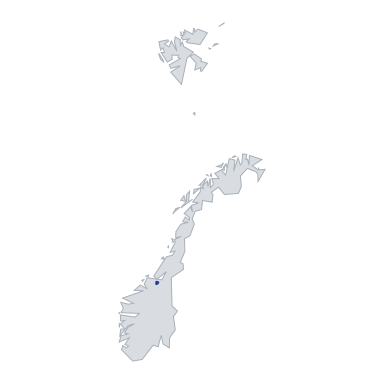 Skaun nor, Sør-Trøndelag, Norway (highlighted)
{"feature_id": "86288312B11498019904431", "entity_name": "Skaun nor", "entity_type": "district", "adm_level": 2, "iso_a3": "NOR", "parent_name": "Norway", "parent_adm1": "Sør-Trøndelag", "projection": "albers", "projection_center": [10.037, 63.259], "detail": "fine", "context": "in_parent", "style": "filled", "palette": "blue", "viewbox_px": 384, "rotation_deg": 0, "n_neighbors": 0, "source": "geoboundaries", "source_scale": "gbopen_adm2", "svg_char_len": 4282}
<svg xmlns="http://www.w3.org/2000/svg" viewBox="0 0 384 384"><path d="M218.5,187.2L211.3,192.2L213.0,194.6L212.1,202.2L202.5,200.5L201.5,209.5L195.2,211.3L192.2,218.7L194.3,224.1L189.9,235.8L184.4,238.8L184.9,251.3L180.3,262.4L183.1,264.0L183.4,269.5L171.3,277.6L172.0,305.8L177.5,311.1L173.4,316.6L175.3,329.9L169.5,337.9L169.4,347.9L163.1,344.1L161.2,335.4L158.1,346.8L153.2,345.2L142.1,359.5L132.7,361.0L121.6,349.8L122.7,345.5L126.3,347.9L128.5,346.1L124.9,344.4L129.3,337.7L119.2,342.1L121.0,335.9L128.1,333.8L124.4,332.9L127.9,327.5L134.4,323.7L128.1,325.8L119.8,335.9L120.7,329.2L124.4,328.9L120.6,323.8L124.7,320.5L120.7,321.0L120.4,314.9L135.1,317.1L139.3,313.4L121.3,312.7L123.3,308.4L120.8,302.3L128.4,304.2L133.5,303.2L122.6,298.1L143.6,290.7L134.2,290.4L140.2,285.0L147.3,289.0L144.2,284.2L147.2,277.7L161.8,279.9L166.3,271.6L157.1,279.1L153.8,276.2L166.2,257.0L172.6,255.0L175.0,251.3L170.1,252.4L175.3,242.0L173.7,239.9L181.1,236.5L175.7,237.8L175.9,231.7L180.8,224.2L188.3,222.4L182.6,221.8L185.3,217.0L189.2,220.1L189.5,217.5L184.1,213.6L190.4,206.8L192.6,211.8L191.3,205.4L198.6,202.9L192.7,202.0L200.3,191.7L200.5,187.0L204.0,188.9L202.3,186.4L207.3,181.0L207.9,186.7L210.2,178.4L210.5,187.5L213.4,184.3L211.8,178.6L219.0,178.6L214.8,173.3L221.1,170.0L225.6,175.0L229.3,158.6L234.9,160.1L233.7,171.2L238.0,157.8L240.3,165.0L241.9,163.0L242.6,153.9L246.8,154.4L245.7,159.4L247.5,159.0L248.9,165.1L249.4,155.4L262.0,159.5L252.2,165.7L258.5,170.0L265.1,169.3L258.0,181.5L257.9,174.4L256.1,171.9L247.4,168.4L240.4,176.0L241.3,186.6L238.4,193.4L224.4,194.5L218.5,187.2ZM175.2,36.9L180.2,39.6L180.4,45.2L182.3,42.0L183.7,46.5L193.3,52.2L186.9,58.3L181.5,84.4L170.7,72.1L180.3,65.8L170.8,68.4L169.2,64.9L180.4,58.6L177.9,57.6L178.7,55.3L171.9,55.1L172.1,59.4L167.3,62.1L161.2,52.5L164.5,52.4L163.0,47.8L160.6,50.1L158.9,41.6L167.9,39.9L168.6,41.2L164.6,44.0L169.1,46.9L171.3,41.0L176.9,51.2L174.4,41.5L175.2,36.9ZM184.5,30.0L192.8,34.3L193.7,28.4L194.7,28.9L194.8,32.0L198.0,29.1L207.4,32.9L200.0,44.5L187.7,42.8L186.1,41.7L189.1,39.0L183.0,39.8L181.3,37.8L182.8,36.1L179.9,35.1L184.1,34.9L183.2,32.1L185.1,33.2L184.5,30.0ZM194.3,54.0L201.5,58.9L200.8,61.3L207.5,63.2L201.8,71.3L200.4,71.0L200.6,67.6L194.8,70.0L196.2,63.1L190.2,56.4L194.3,54.0ZM188.5,202.0L192.6,199.2L180.6,208.1L186.5,201.3L186.4,194.9L189.6,191.2L188.5,202.0ZM194.1,189.4L199.7,188.2L193.5,193.8L194.1,189.4ZM199.2,185.2L206.4,177.9L203.1,185.0L199.2,185.2ZM158.6,53.2L162.8,59.5L163.9,62.3L160.5,59.2L158.6,53.2ZM184.0,195.7L185.5,201.4L180.7,200.3L184.0,195.7ZM223.5,162.8L221.3,167.4L216.8,166.5L221.5,164.8L223.5,162.8ZM224.6,165.6L224.2,170.5L222.2,169.6L224.6,165.6ZM175.3,208.9L179.8,207.3L175.0,211.4L175.3,208.9ZM223.9,23.4L218.6,26.6L224.0,23.0L223.9,23.4ZM214.7,43.9L218.6,43.6L213.2,46.0L214.7,43.9ZM231.9,157.6L234.6,155.8L235.8,156.5L231.9,157.6ZM226.4,163.9L226.3,166.6L225.0,164.6L226.4,163.9ZM211.2,173.9L211.6,176.5L210.2,175.8L211.2,173.9ZM194.8,112.6L194.8,115.0L193.3,113.3L194.8,112.6ZM211.1,48.8L209.3,49.0L208.9,48.1L211.1,48.8ZM163.2,257.0L164.3,259.1L161.4,258.7L163.2,257.0ZM205.8,174.3L207.5,175.0L208.7,176.3L205.8,174.3ZM180.7,32.1L181.5,33.5L180.4,33.1L180.7,32.1ZM148.6,276.2L145.3,276.3L148.8,275.2L148.6,276.2ZM143.8,279.6L142.5,281.3L141.9,280.3L143.8,279.6ZM174.3,212.0L172.8,214.1L174.4,210.6L174.3,212.0ZM119.9,324.6L119.3,327.5L119.3,323.7L119.9,324.6ZM172.5,240.4L171.7,238.7L172.7,238.8L172.5,240.4ZM258.5,167.5L258.8,169.6L258.6,169.3L258.5,167.5ZM173.4,241.9L171.6,242.4L173.7,241.5L173.4,241.9ZM168.3,246.0L168.6,247.7L167.7,247.1L168.3,246.0ZM119.9,312.4L118.9,314.1L119.2,312.7L119.9,312.4Z" fill="#d9dde1" stroke="#a8b0b8" stroke-width="1"/><path d="M156.2,284.2L156.3,284.2L156.4,284.3L156.5,284.3L156.6,284.2L156.8,284.1L157.1,283.9L157.3,283.8L157.3,283.7L157.3,283.8L157.5,283.8L157.5,283.7L157.8,283.3L157.7,283.2L157.8,283.1L158.0,283.0L158.0,282.9L158.1,282.7L158.0,282.4L158.1,282.5L158.1,282.4L158.1,282.2L158.3,282.1L158.2,282.0L157.9,282.1L157.7,282.1L157.5,281.9L157.4,281.9L157.2,281.9L157.1,281.7L156.9,281.6L156.7,281.6L156.4,281.6L156.3,281.8L156.2,281.8L156.1,282.0L156.1,282.3L156.1,282.5L156.1,282.8L156.0,283.0L156.0,283.3L156.1,283.5L156.2,283.9L156.2,284.0L156.2,284.2Z" fill="#3b82f6" stroke="#1e3a8a" stroke-width="1.5"/></svg>